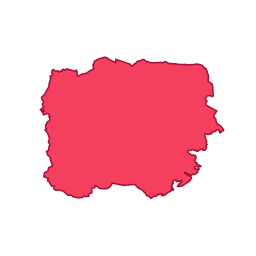 outline of Simonesti, Harghita, Romania, rotated 198°
{"feature_id": "2599482B29227136625242", "entity_name": "Simonesti", "entity_type": "district", "adm_level": 2, "iso_a3": "ROU", "parent_name": "Romania", "parent_adm1": "Harghita", "projection": "natural_earth1", "projection_center": [25.11, 46.356], "detail": "fine", "context": "isolated", "style": "filled", "palette": "rose", "viewbox_px": 256, "rotation_deg": 198, "n_neighbors": 0, "source": "geoboundaries", "source_scale": "gbopen_adm2", "svg_char_len": 5717}
<svg xmlns="http://www.w3.org/2000/svg" viewBox="0 0 256 256"><g transform="rotate(198 128 128)"><path d="M175.3,185.8L177.5,184.5L180.4,181.2L180.7,179.4L180.5,178.3L180.9,177.5L180.3,176.5L180.3,176.1L179.5,174.6L179.2,174.4L178.9,174.0L178.9,173.2L179.6,173.0L180.9,171.4L182.0,170.7L182.3,170.4L182.9,169.3L184.2,168.0L184.4,167.5L185.7,166.5L188.8,164.8L189.2,164.1L190.0,163.3L191.6,162.1L192.4,162.2L193.0,163.9L193.7,164.9L193.9,166.0L194.5,166.7L195.0,166.7L195.3,167.0L195.5,166.8L195.6,166.1L196.2,165.7L196.9,165.5L199.0,165.6L202.4,165.2L203.6,165.6L204.4,165.4L205.0,164.4L205.6,164.0L205.9,163.4L206.2,163.4L207.2,164.0L208.5,163.2L208.2,162.4L208.2,161.5L209.5,161.5L209.5,161.1L210.2,160.1L210.5,160.0L211.7,160.7L211.8,159.9L213.2,160.5L213.7,160.1L215.0,159.7L216.7,160.4L217.3,160.5L218.0,158.8L217.8,157.2L217.3,156.5L216.6,156.1L215.9,155.3L216.8,154.3L218.1,153.4L217.7,152.6L217.0,151.9L217.0,150.6L216.7,149.6L216.7,148.2L216.5,147.5L216.5,146.8L216.9,146.3L216.5,144.6L215.9,143.3L217.9,133.9L219.4,131.1L219.6,130.3L219.4,129.6L218.2,128.1L216.6,127.2L216.2,126.2L216.8,124.2L216.2,122.9L214.7,121.8L215.7,120.4L215.8,119.9L217.0,118.5L215.2,117.2L215.2,117.4L214.3,118.0L214.1,119.0L212.8,118.1L213.6,116.9L213.7,116.3L212.5,114.4L210.8,115.5L209.9,116.3L208.5,117.1L205.8,114.8L206.6,114.1L205.3,112.9L204.6,110.7L205.8,109.9L206.5,109.1L206.7,108.2L206.9,107.0L207.0,105.7L207.1,105.4L206.8,103.7L206.2,102.6L205.1,102.2L205.1,101.8L206.4,100.7L202.9,98.3L199.6,94.1L199.5,92.7L199.1,91.0L199.4,90.4L199.4,90.2L199.0,89.6L198.0,88.9L197.3,88.1L197.0,86.9L197.4,86.6L197.2,85.7L197.2,84.9L196.6,82.6L198.2,80.5L196.7,78.5L196.5,77.7L195.8,77.3L192.9,76.1L192.6,75.4L192.5,74.8L192.0,73.7L188.0,68.8L187.9,68.4L188.7,68.1L191.3,65.6L191.0,64.2L191.0,63.0L190.9,62.4L191.5,61.6L192.8,60.6L193.4,59.7L193.5,57.4L193.1,55.7L188.3,55.4L188.4,53.1L185.9,52.2L185.5,51.8L185.4,51.3L182.5,49.0L181.1,50.1L180.0,49.8L180.2,48.5L180.1,47.6L179.2,46.9L177.6,46.5L176.9,46.6L175.4,47.4L173.5,47.9L171.3,47.9L169.6,47.7L165.5,46.0L164.6,45.5L164.0,45.5L160.7,46.7L159.2,45.7L158.7,45.7L154.2,46.1L152.3,46.8L151.1,47.3L149.4,48.3L148.5,50.2L146.8,49.7L144.2,50.9L145.0,52.9L142.3,55.2L143.7,58.7L143.2,59.8L141.1,61.0L141.3,63.0L138.9,62.9L138.3,62.4L137.4,62.0L135.7,61.8L131.4,63.0L128.8,64.1L127.3,66.0L126.4,68.2L126.1,69.6L126.1,70.7L113.5,72.2L112.6,73.1L110.9,73.5L108.9,74.3L107.3,75.2L106.2,75.6L105.0,75.9L104.3,76.3L103.3,76.0L101.2,74.8L99.2,74.0L96.8,73.7L94.7,73.1L92.6,71.8L91.4,71.8L91.2,71.1L90.9,70.7L90.0,70.1L89.5,69.5L86.9,69.5L86.4,69.4L85.7,68.8L84.4,68.2L83.5,69.2L82.8,70.6L81.5,71.6L80.4,71.7L79.9,72.0L80.2,72.9L80.0,73.2L79.6,73.6L79.2,73.4L78.2,73.9L78.1,74.6L77.5,75.1L77.0,74.8L76.0,75.1L74.7,76.0L74.7,75.1L75.3,74.6L75.0,74.3L73.4,74.6L71.6,76.2L71.5,77.2L69.2,79.9L68.0,80.7L67.8,81.1L67.5,82.4L67.2,82.5L67.5,82.6L68.0,83.4L67.7,83.8L66.3,83.6L65.7,83.3L65.7,83.6L66.3,84.0L66.8,84.2L66.8,84.7L67.5,85.0L67.8,85.5L68.7,86.1L68.1,88.5L68.3,88.9L68.0,89.0L67.8,89.3L68.0,89.6L68.4,89.4L68.3,90.2L68.7,90.6L69.0,91.5L66.9,93.1L65.8,93.5L64.6,92.6L65.1,92.1L64.6,92.1L64.6,92.3L63.0,93.3L62.8,93.3L62.8,93.0L62.6,93.0L61.6,93.4L61.0,94.7L60.4,94.2L60.6,93.0L61.7,90.8L62.0,90.6L61.8,90.2L62.5,90.0L61.9,88.9L63.0,88.0L62.8,87.6L60.6,88.5L58.5,89.7L53.2,96.4L53.3,96.7L52.9,96.9L53.0,97.4L52.7,97.7L52.3,99.0L52.3,100.6L53.4,101.1L55.7,101.5L60.2,102.5L60.2,103.2L59.3,103.6L58.2,103.0L53.8,102.4L53.5,102.3L53.1,102.4L52.9,103.3L52.6,103.7L51.0,104.1L50.4,104.6L49.9,104.9L48.9,106.3L48.0,107.1L48.5,108.3L48.6,109.1L47.7,110.4L47.7,110.9L47.9,111.1L48.3,111.3L48.7,111.2L49.7,110.1L52.0,109.9L52.5,110.4L52.4,111.2L51.8,112.5L49.9,112.4L49.1,113.0L48.1,113.1L47.0,113.7L47.1,114.4L49.5,114.5L50.9,115.0L51.4,115.4L51.7,116.2L52.8,116.1L54.6,117.9L54.0,120.4L54.0,120.9L55.3,122.5L57.3,122.7L58.3,121.9L61.5,122.5L63.5,123.6L64.1,124.4L63.4,125.4L61.7,125.8L60.8,127.0L60.3,127.4L57.6,127.3L56.7,127.7L56.1,127.2L55.5,127.0L55.1,127.1L54.0,128.0L54.0,128.5L52.8,129.8L50.0,130.9L49.8,130.2L48.5,130.2L48.2,130.8L47.6,131.2L47.6,132.0L47.3,133.9L47.7,134.5L48.4,134.6L48.2,135.9L47.7,136.7L48.1,136.9L48.8,137.9L48.9,139.4L50.0,140.6L52.8,145.1L52.9,145.7L52.7,146.6L51.0,146.4L50.0,146.5L48.8,147.3L48.6,147.8L48.2,148.1L47.5,147.8L46.9,148.3L46.7,149.9L46.0,150.2L45.2,151.0L43.9,151.8L43.5,152.5L43.4,153.6L42.4,154.0L41.2,153.9L40.1,153.1L38.9,151.8L38.1,152.7L38.1,153.6L37.8,154.1L36.4,154.8L36.4,155.8L38.6,157.4L40.6,158.5L43.4,159.3L45.0,160.1L46.2,161.4L47.5,164.0L49.4,164.8L50.1,165.7L50.2,166.9L49.1,170.5L48.9,171.6L60.6,173.8L61.4,174.8L61.6,176.2L61.2,178.1L62.9,178.6L63.5,179.6L62.6,182.9L61.4,183.6L59.8,184.1L57.2,184.0L57.0,185.0L57.5,186.8L59.1,190.3L59.9,192.9L60.9,194.9L61.4,195.6L61.9,196.0L63.4,196.4L64.1,196.8L65.1,196.8L66.3,197.3L66.6,198.9L66.9,199.4L66.8,200.8L67.8,202.6L67.8,203.3L68.8,203.8L69.2,204.3L69.4,204.7L70.0,205.1L70.1,206.1L72.5,208.7L73.0,208.3L76.6,210.5L80.7,210.4L81.1,209.8L81.4,209.8L82.3,210.3L82.6,210.2L83.2,209.4L84.7,209.1L85.3,208.4L87.8,207.8L89.2,206.9L90.0,206.9L91.3,206.2L92.0,206.5L92.8,206.3L95.8,205.2L98.4,204.6L98.9,204.2L103.0,203.7L105.1,203.0L107.1,202.7L107.6,202.2L108.5,202.0L109.5,202.2L110.2,202.1L112.4,202.8L113.7,202.0L114.4,201.8L115.6,200.5L117.5,200.6L119.0,199.7L122.7,198.5L123.8,197.8L127.7,197.0L129.7,197.4L130.8,196.6L131.7,197.0L132.9,197.8L135.0,197.9L135.9,196.8L137.2,195.8L139.9,194.2L140.0,193.2L140.3,192.5L141.0,191.8L142.0,190.4L142.8,188.6L143.3,188.2L144.3,188.2L144.6,188.8L145.6,189.4L148.4,189.3L155.2,189.5L160.7,189.5L160.0,186.5L164.6,186.9L167.9,187.6L169.7,188.2L170.8,188.4L172.4,188.0L175.3,185.8Z" fill="#f43f5e" stroke="#9f1239" stroke-width="1.5"/></g></svg>